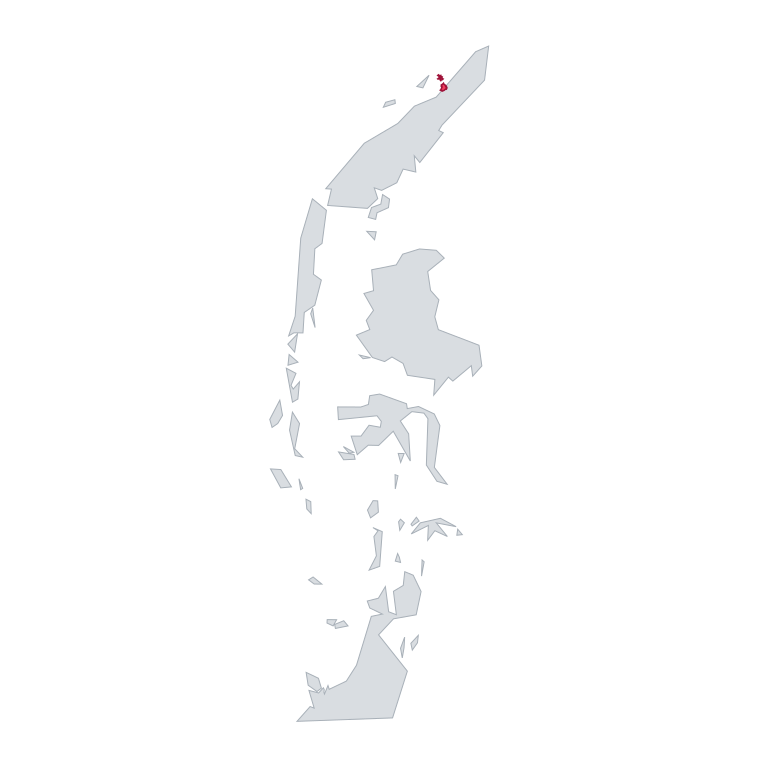 Aceh Singkil, Aceh, Indonesia shown in context, rotated 88°
{"feature_id": "22746128B17710719872214", "entity_name": "Aceh Singkil", "entity_type": "district", "adm_level": 2, "iso_a3": "IDN", "parent_name": "Indonesia", "parent_adm1": "Aceh", "projection": "mercator", "projection_center": [97.426, 2.307], "detail": "fine", "context": "in_parent", "style": "filled", "palette": "rose", "viewbox_px": 768, "rotation_deg": 88, "n_neighbors": 0, "source": "geoboundaries", "source_scale": "gbopen_adm2", "svg_char_len": 7082}
<svg xmlns="http://www.w3.org/2000/svg" viewBox="0 0 768 768"><g transform="rotate(88 384 384)"><path d="M260.3,319.4L273.1,336.4L292.1,334.2L301.8,326.2L318.6,330.9L331.6,327.8L348.6,287.7L369.4,285.6L379.3,295.1L368.7,296.1L383.5,315.1L379.4,319.4L396.9,334.7L381.2,333.0L376.1,360.3L364.1,364.2L357.3,375.1L361.6,382.6L357.1,394.7L334.2,409.9L329.1,396.3L319.8,399.5L310.0,391.9L292.8,400.9L290.4,391.2L269.4,392.3L265.4,367.6L254.9,360.8L250.3,343.8L252.2,327.1L260.3,319.4ZM49.9,267.6L83.8,272.9L127.3,317.0L132.6,320.5L134.9,316.0L163.9,340.5L156.9,345.8L173.3,344.8L169.9,357.4L183.3,364.2L190.4,379.6L187.6,386.9L198.5,383.8L207.9,394.4L203.6,434.1L187.4,429.7L186.8,435.4L142.7,395.3L124.1,361.1L107.4,343.9L99.1,321.8L55.1,280.8L49.9,267.6ZM718.0,387.1L718.1,482.7L703.8,469.1L705.5,465.1L687.6,469.7L690.5,460.1L685.5,455.2L687.2,454.4L690.1,454.8L691.8,454.3L683.4,450.5L687.2,449.4L679.6,432.0L664.1,421.3L615.8,404.8L613.9,393.6L607.4,406.0L600.3,408.3L597.9,397.1L586.5,389.7L611.8,387.3L615.0,379.7L591.5,381.8L586.0,371.8L572.3,369.8L576.1,361.5L592.7,354.2L615.8,359.9L619.0,382.7L634.5,398.2L671.8,370.7L718.0,387.1ZM483.1,334.5L466.5,344.5L420.2,341.3L414.5,345.1L412.6,357.1L421.5,369.0L434.7,361.1L461.9,360.4L431.5,376.4L445.2,391.5L444.6,401.9L453.7,413.2L434.9,418.6L435.3,408.8L424.7,400.4L427.1,389.2L421.3,388.0L415.5,392.1L418.0,430.8L405.3,431.1L406.2,408.0L403.9,400.3L395.2,398.7L393.9,388.7L404.5,362.2L409.4,361.6L407.7,350.3L415.7,334.8L427.5,329.6L469.1,336.6L486.4,324.4L483.1,334.5ZM208.4,435.5L241.3,441.0L246.4,448.4L271.9,450.7L277.9,443.0L302.8,450.4L309.7,461.2L330.1,463.2L329.7,472.2L332.6,477.6L313.2,470.4L235.3,462.1L196.4,449.1L208.4,435.5ZM524.6,336.6L538.6,326.0L532.4,338.3L541.7,345.8L526.9,344.6L534.8,362.0L524.0,352.5L520.2,332.3L529.1,316.9L524.6,336.6ZM531.5,390.9L566.1,394.7L569.5,405.4L555.5,397.6L536.1,399.4L530.5,395.1L527.1,400.1L531.5,390.9ZM452.4,475.2L426.8,480.0L408.9,476.5L420.6,469.8L445.6,475.5L454.3,467.8L452.4,475.2ZM378.9,468.4L396.0,470.6L399.0,476.1L364.8,481.1L370.3,471.6L382.1,477.0L385.9,474.9L378.9,468.4ZM483.6,480.1L484.2,490.8L464.9,500.4L465.9,490.1L483.6,480.1ZM207.9,373.4L212.6,385.0L219.2,386.6L217.0,393.9L207.2,390.3L204.1,380.9L194.6,378.8L199.4,372.0L207.9,373.4ZM682.4,470.3L669.5,471.9L675.8,459.8L685.8,457.2L689.0,461.7L682.4,470.3ZM411.9,486.5L419.8,491.6L423.5,497.4L415.4,499.4L396.5,488.7L411.9,486.5ZM511.9,394.1L517.3,402.1L509.4,404.9L500.2,399.0L500.6,394.4L511.9,394.1ZM330.9,468.7L349.0,472.2L340.8,478.7L330.9,468.7ZM359.2,469.2L361.9,479.3L351.2,477.8L359.2,469.2ZM239.6,388.4L230.8,395.9L231.6,386.5L239.6,388.4ZM624.5,428.4L626.6,441.1L622.6,441.7L619.2,432.5L624.5,428.4ZM325.2,450.9L311.3,454.8L305.5,452.6L325.2,450.9ZM458.2,415.5L458.3,427.0L450.3,431.8L453.4,416.5L458.2,415.5ZM77.0,328.2L89.4,334.8L87.8,340.8L77.0,328.2ZM107.4,375.0L102.5,372.5L100.3,363.2L104.0,362.9L107.4,375.0ZM577.1,466.2L574.4,461.6L581.8,453.1L581.5,460.7L577.1,466.2ZM563.1,350.1L577.3,353.2L561.2,352.1L563.1,350.1ZM476.2,373.2L489.3,376.4L475.0,376.1L476.2,373.2ZM452.0,421.1L445.1,426.8L451.2,416.5L452.0,421.1ZM636.4,358.5L643.8,359.6L650.9,365.0L644.1,366.2L636.4,358.5ZM511.0,461.3L506.2,465.5L496.4,466.0L499.0,461.3L511.0,461.3ZM624.0,443.3L620.9,449.3L617.5,449.0L617.9,439.6L624.0,443.3ZM530.8,373.3L522.2,374.2L519.7,372.2L523.4,368.5L530.8,373.3ZM637.7,372.2L648.3,373.2L658.4,375.3L648.7,376.7L637.7,372.2ZM454.2,366.3L463.0,370.1L453.9,372.2L454.2,366.3ZM537.7,316.5L531.7,315.4L537.3,311.0L537.7,316.5ZM475.7,472.3L485.5,468.9L486.7,471.0L475.7,472.3ZM562.9,373.7L561.4,378.9L553.9,376.3L557.7,374.7L562.9,373.7ZM358.0,404.0L354.2,407.6L357.2,396.5L358.0,404.0ZM522.2,353.7L526.8,360.8L525.1,361.9L518.3,356.3L522.2,353.7Z" fill="#d9dde1" stroke="#a8b0b8" stroke-width="1"/><path d="M85.5,314.0L86.1,314.6L86.3,315.0L86.2,314.6L86.3,314.6L86.2,314.6L86.5,314.9L86.2,314.7L86.6,315.1L86.3,314.8L86.4,315.0L86.3,314.9L86.3,315.0L86.6,315.2L86.6,315.4L86.7,315.6L86.8,315.7L86.7,315.6L86.9,315.8L87.1,316.0L87.1,316.3L87.3,316.4L87.5,316.3L87.4,316.1L87.5,315.9L87.9,315.9L88.4,316.2L88.5,316.1L88.4,316.1L88.5,316.0L88.4,316.0L88.5,315.9L88.9,315.7L88.9,315.8L88.8,316.0L88.6,316.2L88.7,316.3L88.9,316.1L89.0,316.0L89.2,315.8L89.3,315.8L89.5,315.9L90.1,316.0L90.6,316.3L91.7,316.8L92.1,317.1L92.3,317.4L93.0,316.3L92.9,316.1L93.0,316.1L93.2,315.5L93.3,315.2L93.1,315.0L92.6,313.6L92.4,313.5L91.9,312.9L91.8,312.7L91.7,312.4L91.6,312.2L91.7,311.8L91.6,311.4L91.2,311.2L91.3,311.4L91.2,311.5L90.9,311.6L90.8,311.4L90.8,311.2L90.6,311.2L90.3,310.9L89.8,311.4L89.7,311.3L89.4,311.4L89.2,311.5L89.1,311.4L89.0,311.6L88.9,311.5L88.7,311.8L88.5,311.7L88.3,311.5L88.2,311.6L88.1,311.9L88.2,312.0L88.3,312.0L88.2,312.1L88.1,312.3L87.4,312.4L87.4,312.5L86.8,313.3L86.5,313.6L86.2,313.8L85.5,314.0ZM78.3,316.3L78.2,316.4L78.2,316.5L77.9,316.5L77.6,316.5L77.7,316.9L77.8,316.8L78.0,316.9L78.2,317.0L78.3,317.0L78.5,317.2L78.9,317.1L79.0,317.2L79.0,317.3L79.0,317.5L79.2,317.4L79.2,317.6L79.4,317.7L79.5,317.7L79.5,317.8L79.5,317.7L79.6,317.8L79.7,318.0L79.8,318.2L80.0,318.4L80.1,318.6L80.3,318.7L80.3,318.9L80.5,319.0L80.5,318.9L80.6,319.0L80.7,318.9L80.8,319.0L80.7,319.1L80.8,319.3L80.9,319.1L80.9,318.8L80.8,318.7L81.0,318.6L81.1,318.4L81.0,318.5L80.9,318.4L81.0,318.4L81.0,318.2L81.0,318.3L81.0,318.2L80.9,318.3L80.9,318.2L80.7,318.1L80.9,317.9L80.7,317.9L80.8,317.8L80.8,317.7L80.8,317.4L80.7,317.4L80.7,317.6L80.7,317.4L80.5,317.2L80.4,317.3L80.4,317.2L80.2,317.0L80.1,316.9L80.3,316.8L80.3,316.7L80.2,316.7L80.3,316.6L80.2,316.6L80.1,316.4L80.0,316.5L79.8,316.5L79.8,316.4L79.6,316.4L79.4,316.4L79.2,316.4L79.1,316.6L79.0,316.8L78.9,316.7L78.9,316.8L78.8,316.7L78.7,316.8L78.6,316.7L78.6,316.4L78.5,316.5L78.4,316.6L78.5,316.4L78.3,316.3ZM77.5,318.1L77.3,318.2L77.2,318.1L77.3,318.4L77.2,318.5L76.9,318.6L77.0,318.8L77.1,319.0L77.3,319.3L77.5,319.5L77.6,319.3L77.6,319.2L77.8,319.1L78.0,319.0L78.1,318.8L78.2,318.7L78.0,318.4L77.7,318.3L77.7,318.2L77.5,318.1ZM81.4,314.5L81.4,314.9L81.5,314.9L81.5,314.7L81.6,314.8L81.7,315.0L81.8,315.2L82.0,315.4L81.9,315.1L81.8,314.8L81.5,314.5L81.4,314.5ZM82.2,317.2L82.3,317.1L82.1,317.1L82.1,317.3L82.3,317.5L82.2,317.4L82.3,317.3L82.2,317.2ZM79.9,315.8L79.9,315.7L79.7,315.6L79.8,315.8L79.9,315.8ZM79.1,316.3L79.0,316.2L78.9,316.2L78.9,316.4L79.0,316.4L79.1,316.5L79.1,316.4L79.1,316.3ZM80.4,315.5L80.4,315.3L80.4,315.2L80.3,315.3L80.4,315.5L80.4,315.5ZM79.6,315.7L79.4,315.5L79.5,315.6L79.6,315.7ZM81.8,315.4L81.7,315.2L81.7,315.3L81.8,315.5L81.8,315.4ZM81.0,318.7L80.9,318.7L81.0,318.8L81.0,318.7ZM79.5,316.1L79.4,315.9L79.4,316.1L79.5,316.1ZM78.9,316.1L78.8,315.9L78.9,316.1ZM82.1,316.2L82.0,316.3L82.1,316.2L82.1,316.2ZM81.5,319.2L81.4,319.1L81.5,319.2L81.5,319.2ZM81.9,315.9L81.8,315.6L81.9,315.9ZM82.0,315.6L82.0,315.4L82.0,315.5L82.0,315.6ZM79.4,315.4L79.5,315.3L79.4,315.3L79.4,315.4ZM80.1,316.0L80.1,315.9L80.1,316.0ZM81.0,317.9L80.9,317.8L81.0,317.9ZM81.7,315.5L81.8,315.5L81.7,315.4L81.7,315.5ZM82.6,317.3L82.6,317.2L82.6,317.3ZM80.4,316.3L80.4,316.2L80.4,316.3Z" fill="#f43f5e" stroke="#9f1239" stroke-width="1.5"/></g></svg>